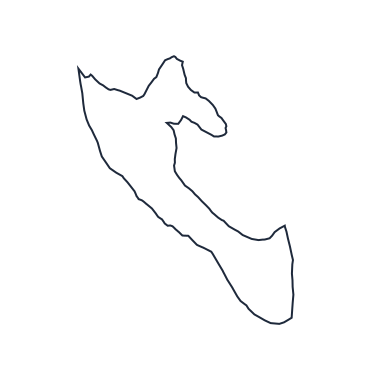 the district of Lokoja, Kogi, Nigeria, rotated 162°
{"feature_id": "59680162B326996000256", "entity_name": "Lokoja", "entity_type": "district", "adm_level": 2, "iso_a3": "NGA", "parent_name": "Nigeria", "parent_adm1": "Kogi", "projection": "equal_earth", "projection_center": [6.483, 8.245], "detail": "fine", "context": "isolated", "style": "outline", "palette": "slate", "viewbox_px": 384, "rotation_deg": 162, "n_neighbors": 0, "source": "geoboundaries", "source_scale": "gbopen_adm2", "svg_char_len": 3305}
<svg xmlns="http://www.w3.org/2000/svg" viewBox="0 0 384 384"><g transform="rotate(162 192 192)"><path d="M114.2,131.3L119.9,130.3L125.8,128.3L129.3,125.7L132.5,124.0L137.5,124.3L139.6,124.9L143.6,125.7L149.7,128.9L157.1,135.4L160.3,140.2L163.0,143.0L167.6,148.1L169.5,152.1L170.8,154.9L172.3,156.1L175.0,159.5L176.7,162.3L177.7,164.0L179.0,166.0L179.3,166.7L179.8,168.0L180.7,170.8L182.8,175.1L185.5,180.2L187.8,185.3L189.9,188.9L191.4,192.6L193.9,196.6L196.7,200.3L198.6,206.5L199.8,209.4L200.9,212.8L201.9,217.0L200.9,222.7L199.5,224.7L199.2,225.2L198.2,228.6L196.0,233.2L193.1,238.6L192.0,243.7L190.8,247.9L190.8,252.2L190.4,256.4L191.6,260.1L194.6,265.5L191.1,264.7L188.1,262.5L184.0,261.1L180.1,263.9L177.1,266.9L174.8,264.9L172.0,261.5L170.8,259.0L168.3,257.0L165.9,254.4L163.8,248.5L159.6,244.2L155.8,240.3L153.9,238.0L149.7,236.6L145.9,236.3L143.0,236.6L140.9,238.0L140.5,240.3L140.3,242.5L139.0,243.9L138.8,246.2L140.5,251.3L141.1,253.3L142.8,255.6L143.6,257.0L143.8,261.0L144.0,264.1L145.3,268.3L147.8,273.4L150.1,276.8L152.5,278.3L154.1,279.4L155.4,281.7L155.6,284.8L157.3,285.3L159.0,285.9L161.5,289.3L163.2,293.3L163.8,297.3L163.2,300.1L162.6,302.1L162.8,305.8L162.3,312.0L162.3,315.7L160.5,318.8L162.6,320.5L165.3,323.3L166.1,325.6L167.2,326.7L169.7,326.5L171.8,325.9L173.9,325.9L176.9,325.6L180.0,323.1L181.9,321.6L185.5,318.8L187.6,315.7L190.4,312.3L193.1,311.4L197.0,308.6L200.3,306.4L207.0,299.7L208.7,298.4L212.2,297.8L216.0,297.6L219.2,302.1L229.5,310.8L230.0,311.1L231.1,311.8L232.9,313.1L234.2,314.0L238.0,314.3L239.6,315.4L241.7,318.1L243.6,320.9L246.4,323.8L249.3,329.1L251.0,333.3L252.1,335.0L254.4,333.6L258.3,334.0L261.9,344.4L264.2,331.6L264.6,329.0L264.9,326.5L265.8,319.9L268.0,309.9L269.3,302.6L269.8,293.6L269.3,287.0L268.1,281.7L267.6,277.4L266.6,270.3L266.4,268.0L266.8,259.5L266.8,255.3L266.8,253.6L264.3,245.2L262.8,240.0L258.1,233.8L253.3,228.6L252.6,226.1L251.4,223.5L250.4,221.3L248.7,216.7L246.6,210.9L246.5,210.7L246.4,210.4L246.4,210.2L246.1,207.2L246.0,205.2L245.9,205.1L245.9,204.9L245.7,204.4L245.1,202.5L245.1,202.2L244.9,201.9L244.9,201.7L244.7,201.6L244.6,201.4L244.4,201.3L243.1,200.3L242.2,199.5L242.1,199.4L240.8,197.6L240.7,197.4L239.6,195.6L239.1,194.7L238.9,194.5L235.9,189.8L235.3,188.8L235.2,188.7L232.9,182.3L232.9,182.1L232.3,180.1L231.9,178.9L231.8,178.7L230.7,177.3L228.9,175.1L228.9,174.9L228.1,172.3L227.7,170.6L227.6,170.4L225.6,167.5L225.5,167.4L225.4,167.4L224.0,167.1L223.1,166.9L222.9,166.8L221.2,165.5L221.1,165.4L220.5,164.3L219.4,162.2L219.3,161.8L219.2,161.7L218.9,161.2L218.2,160.1L217.2,158.4L217.0,158.2L215.3,154.9L214.6,153.6L212.4,152.7L209.2,151.6L209.0,151.4L206.4,145.8L206.3,145.6L205.7,144.4L203.7,140.3L203.6,140.2L202.6,139.2L199.0,136.0L198.7,135.8L198.6,135.7L192.1,129.2L191.2,125.9L191.2,125.7L188.9,115.3L187.3,108.3L187.1,107.4L187.1,107.2L187.0,106.4L186.6,104.1L185.6,98.1L185.6,97.8L185.3,96.8L183.1,88.2L183.1,87.9L181.8,81.6L181.2,78.7L179.5,73.3L176.3,68.7L175.3,67.4L174.3,63.4L172.3,59.7L170.5,56.3L166.9,52.4L162.5,47.5L160.6,45.7L157.7,43.0L149.7,39.6L144.8,39.6L139.8,40.7L136.1,41.6L130.4,55.7L127.3,63.0L125.6,70.7L123.7,77.0L122.2,83.5L120.4,88.3L118.9,92.3L117.0,96.1L116.6,101.3L115.7,109.8L115.1,118.4L114.4,125.1L114.4,130.2L114.2,131.3Z" fill="none" stroke="#1e293b" stroke-width="2"/></g></svg>